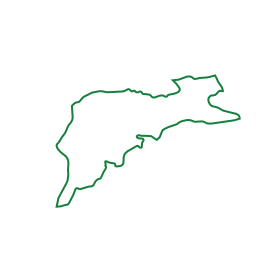 the Province of Los Rios, rotated 59°
{"feature_id": "ECU-1281", "entity_name": "Los Rios", "entity_type": "Province", "adm_level": 1, "iso_a3": "ECU", "parent_name": "Ecuador", "parent_adm1": "", "projection": "albers", "projection_center": [-79.444, -1.349], "detail": "fine", "context": "isolated", "style": "outline", "palette": "green", "viewbox_px": 256, "rotation_deg": 59, "n_neighbors": 0, "source": "natural_earth", "source_scale": "10m", "svg_char_len": 2830}
<svg xmlns="http://www.w3.org/2000/svg" viewBox="0 0 256 256"><g transform="rotate(59 128 128)"><path d="M153.0,109.5L147.0,112.3L144.7,115.5L141.7,120.3L139.7,122.5L139.4,124.1L139.8,124.8L140.7,125.1L141.7,124.6L142.7,123.8L144.3,121.3L145.1,120.7L145.8,120.7L146.8,121.2L147.9,123.5L151.5,126.1L151.7,126.8L151.3,127.5L150.6,128.0L149.9,128.4L149.3,128.3L148.8,128.5L148.1,129.3L147.9,130.6L147.7,140.3L148.2,143.0L149.3,145.2L151.0,146.9L155.0,149.5L156.2,150.6L156.8,152.2L156.6,153.9L156.0,155.7L155.5,156.8L154.8,157.9L154.2,158.3L153.7,158.3L152.9,157.9L152.3,157.6L151.5,157.8L148.0,161.8L147.1,162.6L146.0,163.2L145.4,163.7L145.0,164.5L145.5,165.1L146.2,165.4L147.1,165.6L147.8,165.9L148.3,166.6L148.9,166.9L149.8,166.8L150.6,167.2L151.6,168.5L153.0,171.3L156.8,176.9L157.0,177.9L156.4,180.4L156.6,181.8L157.0,183.4L158.0,185.1L158.9,186.4L159.4,187.8L159.1,189.6L157.9,192.1L155.8,200.5L155.2,201.2L153.7,202.2L153.1,203.2L153.3,204.4L157.3,209.6L161.6,216.6L162.5,218.4L162.5,219.4L161.6,221.5L160.6,225.8L158.7,229.7L152.3,223.8L142.9,208.0L141.3,206.4L137.6,203.5L136.1,202.5L133.3,201.2L127.5,197.2L125.0,196.0L122.3,195.7L120.1,195.9L113.6,198.3L109.2,199.0L106.4,198.4L105.4,197.3L104.6,194.5L101.8,189.3L100.1,185.0L99.2,183.4L96.1,179.2L94.9,177.2L94.0,174.4L92.6,171.9L90.8,170.2L80.4,164.8L79.9,163.9L79.6,162.7L79.3,160.9L79.4,159.4L80.2,157.2L80.4,156.3L78.6,150.8L78.5,149.5L79.1,141.5L79.4,140.0L81.4,134.3L82.0,133.1L83.6,130.8L85.9,128.3L86.9,127.0L94.0,113.6L94.3,112.4L94.6,111.1L94.7,108.6L94.8,107.8L95.2,107.3L95.7,106.9L96.2,106.7L97.6,106.4L98.3,106.1L98.8,105.5L99.0,104.1L99.2,103.5L99.6,103.1L100.2,103.0L101.0,102.8L101.7,102.4L102.2,101.7L102.6,100.7L102.8,99.2L103.3,98.3L104.2,98.0L106.2,97.8L107.0,97.1L108.2,95.2L109.5,93.7L110.0,92.9L110.8,92.2L112.0,91.8L113.2,91.6L114.2,91.2L115.1,90.3L115.7,89.0L116.5,84.7L116.9,83.6L117.5,82.2L118.3,81.2L119.4,80.5L120.4,79.8L121.1,78.8L120.9,78.1L120.5,77.2L120.5,75.9L122.5,70.4L123.1,66.3L122.4,64.4L120.8,63.4L118.8,63.4L114.3,63.9L110.2,65.0L112.6,59.8L114.3,51.1L115.3,49.0L116.6,47.5L117.8,46.8L119.1,46.5L120.3,45.6L120.7,44.9L122.2,40.5L125.1,34.8L126.1,32.2L127.8,26.3L131.5,26.5L134.3,26.9L141.2,26.6L144.0,27.1L145.2,27.7L144.7,28.4L144.0,29.4L143.3,30.5L143.6,32.3L144.3,34.4L144.6,36.2L144.1,37.7L143.3,39.4L142.9,40.5L143.2,41.7L143.5,42.8L144.1,43.8L145.4,44.7L146.9,45.3L148.5,45.5L150.2,45.5L151.9,45.0L153.1,44.1L154.5,42.6L156.2,41.0L157.8,39.8L161.1,38.1L162.5,37.1L171.8,27.8L173.9,26.7L175.2,26.6L177.5,27.4L176.1,33.0L167.5,53.5L165.6,56.8L164.8,57.8L163.7,58.6L162.7,59.1L161.4,60.1L160.4,61.2L157.1,67.5L155.6,68.8L154.1,69.9L152.9,71.2L151.7,73.1L150.1,77.5L149.7,79.7L149.6,82.0L149.9,84.2L148.0,93.1L147.7,96.2L147.6,99.2L148.8,101.1L152.1,105.4L153.0,109.5Z" fill="none" stroke="#15803d" stroke-width="2"/></g></svg>